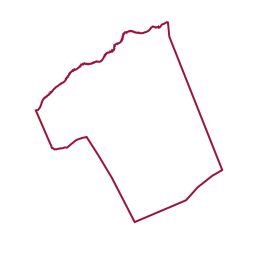 outline of Gagaifomauga III, Gaga'ifomauga, Samoa, rotated 337°
{"feature_id": "51752279B86884772728329", "entity_name": "Gagaifomauga III", "entity_type": "district", "adm_level": 2, "iso_a3": "WSM", "parent_name": "Samoa", "parent_adm1": "Gaga'ifomauga", "projection": "albers", "projection_center": [-172.519, -13.545], "detail": "fine", "context": "isolated", "style": "outline", "palette": "rose", "viewbox_px": 256, "rotation_deg": 337, "n_neighbors": 0, "source": "geoboundaries", "source_scale": "gbopen_adm2", "svg_char_len": 4961}
<svg xmlns="http://www.w3.org/2000/svg" viewBox="0 0 256 256"><g transform="rotate(337 128 128)"><path d="M206.0,46.5L205.3,46.1L205.2,45.8L203.8,45.9L202.2,46.1L201.1,46.2L200.2,46.0L199.6,46.0L199.2,46.2L198.1,46.9L197.5,47.3L197.3,47.4L196.5,47.8L196.3,47.8L196.2,47.5L195.6,47.6L195.5,47.0L195.4,47.1L195.1,46.8L194.6,46.8L194.3,46.8L194.2,46.6L193.9,46.7L193.4,46.4L192.9,46.5L192.4,46.2L192.2,46.0L192.1,45.5L191.6,45.2L191.3,44.7L190.6,44.3L190.3,44.2L189.7,44.5L189.0,44.7L188.6,44.6L188.3,44.9L187.4,45.5L186.7,45.8L186.2,45.9L185.7,46.2L185.0,46.5L184.4,46.5L183.9,46.6L183.6,46.6L183.2,46.7L182.0,46.7L181.1,46.5L180.1,46.5L179.3,46.4L179.1,46.5L178.6,46.3L178.2,46.3L177.6,46.1L177.0,45.8L176.6,45.7L175.9,45.2L175.7,44.8L175.3,44.7L175.2,44.5L174.9,44.5L174.8,44.2L174.4,44.1L173.8,44.0L172.9,43.6L172.8,43.2L172.5,43.0L172.3,43.1L172.0,42.7L171.6,42.6L171.2,42.2L171.1,41.8L170.9,41.8L170.5,41.3L170.1,41.2L169.9,40.7L169.7,40.7L169.4,40.5L169.3,40.2L168.8,40.1L168.6,39.7L168.3,39.6L167.8,39.5L167.5,39.7L167.2,39.4L166.9,39.5L166.8,39.4L166.3,39.2L166.1,39.3L165.7,39.4L165.2,39.3L164.0,39.1L163.8,39.5L163.7,39.3L163.4,39.1L163.1,39.2L162.7,39.1L162.5,38.8L162.1,39.0L161.6,39.2L161.4,39.4L160.8,39.4L160.6,39.6L160.6,39.9L160.2,39.8L159.7,40.7L159.7,41.0L159.5,41.5L158.9,41.6L159.0,41.9L158.7,42.3L158.5,42.5L158.1,43.0L158.0,43.3L157.7,43.3L157.7,43.9L157.4,43.9L157.2,44.3L157.0,44.5L156.7,44.3L156.6,44.6L156.3,44.8L156.1,45.2L155.9,45.2L155.8,45.6L155.4,45.6L155.3,45.8L154.7,45.9L153.8,46.3L153.1,46.4L152.2,46.3L151.4,46.4L151.2,46.1L150.9,46.4L150.7,46.1L150.2,46.2L149.6,46.1L148.8,46.3L148.5,46.4L148.1,47.1L147.8,46.9L147.8,47.2L147.6,47.2L147.2,47.5L147.1,47.9L146.8,48.3L146.7,48.8L146.5,49.2L146.6,49.4L146.3,49.8L145.9,50.2L145.3,50.3L145.3,50.6L145.1,50.6L144.9,50.8L144.7,50.6L144.5,50.8L144.2,50.6L144.2,50.9L143.9,51.1L143.4,50.8L143.3,51.1L143.1,50.9L142.9,51.1L142.7,50.9L142.4,50.8L142.1,50.8L141.8,51.1L141.5,50.8L141.4,51.0L141.0,51.1L140.9,50.9L140.6,51.1L140.1,51.1L139.6,51.0L139.4,50.8L139.1,50.9L138.8,50.7L138.5,50.8L137.8,50.7L137.1,51.2L136.7,51.0L136.6,51.3L136.3,51.6L136.0,51.5L135.6,51.6L135.4,51.8L135.3,52.1L134.9,51.9L134.8,52.0L134.5,52.4L134.4,52.8L134.2,53.0L133.8,53.0L132.8,54.0L131.8,54.6L131.5,54.8L131.0,55.1L130.7,55.4L130.4,55.6L129.5,55.7L129.3,55.9L128.8,56.0L127.8,56.0L127.4,55.8L126.6,55.3L125.9,55.0L125.8,54.9L125.3,54.7L125.2,54.8L124.9,54.5L124.7,54.5L124.7,54.3L124.1,54.3L123.5,54.4L123.1,54.4L122.2,54.1L122.1,54.4L121.9,54.3L121.6,54.5L121.4,54.4L120.8,54.3L120.4,54.5L120.0,54.3L119.8,54.5L119.5,54.5L119.1,54.3L118.7,54.4L118.2,54.2L117.7,53.9L117.0,53.9L116.7,53.9L116.4,53.4L116.1,53.6L115.8,53.3L115.5,53.4L115.3,53.3L115.1,53.0L114.7,52.6L114.4,52.7L114.3,52.4L114.0,52.4L113.6,51.9L113.3,51.9L113.1,51.5L112.7,51.8L112.2,51.6L111.8,51.3L111.7,51.3L111.4,51.8L111.1,51.5L110.9,51.7L110.4,51.7L109.9,51.7L109.6,51.4L109.4,51.7L109.1,51.8L108.8,52.2L108.5,52.2L108.2,52.5L107.7,52.4L107.7,52.6L107.4,52.5L107.2,52.8L106.4,53.1L105.8,53.2L104.8,53.5L103.9,53.7L102.9,53.8L102.6,53.7L101.8,53.7L101.6,53.3L101.4,53.7L100.9,53.5L100.2,53.8L99.9,54.0L99.6,53.4L99.5,53.5L99.4,53.8L99.2,53.8L98.9,53.6L98.7,53.7L98.5,53.9L98.2,53.9L97.9,54.1L97.6,54.2L97.2,54.4L96.9,54.3L96.1,54.6L96.0,54.9L95.7,54.8L95.4,54.9L95.4,55.3L95.1,55.4L95.1,55.6L94.5,55.9L94.3,56.2L94.1,56.4L93.4,56.5L92.9,56.8L92.7,57.2L92.4,57.1L92.1,57.6L91.9,57.6L91.5,57.7L91.2,58.1L90.3,58.2L90.1,58.6L89.9,58.5L89.7,58.8L89.2,59.4L89.1,59.7L88.7,59.9L87.8,60.3L87.3,60.4L86.7,60.7L85.9,60.8L85.0,60.8L84.4,61.0L84.1,60.8L83.8,61.1L82.3,61.3L82.0,61.2L81.3,61.4L81.2,61.5L80.3,61.8L79.7,62.0L79.2,62.0L78.6,62.1L77.7,62.2L77.1,62.4L76.8,62.7L76.3,62.8L76.0,62.9L75.3,63.1L74.6,63.5L74.2,63.5L73.2,64.2L72.9,64.3L72.8,64.6L72.0,64.8L71.5,64.7L71.4,64.9L71.1,64.8L71.1,65.2L70.8,65.4L70.5,65.4L70.4,65.5L69.8,65.6L69.6,65.8L69.3,65.8L69.1,65.6L68.7,66.2L68.0,66.5L67.7,66.4L67.4,66.6L66.6,66.7L66.2,66.6L65.9,67.0L65.3,67.1L65.1,67.4L64.4,67.3L64.2,67.4L63.4,67.4L63.2,67.7L62.8,67.7L62.6,68.0L62.3,68.0L62.1,68.1L61.7,68.1L61.5,68.4L61.2,68.7L60.8,68.8L60.1,69.2L59.6,69.6L59.6,69.9L59.2,70.4L58.6,70.9L58.4,70.9L58.3,71.2L57.9,71.7L57.5,72.1L57.1,72.7L56.3,73.5L54.9,74.8L54.2,75.2L53.9,75.3L53.7,75.5L53.3,75.8L52.5,76.1L52.2,76.2L51.6,76.1L50.9,76.0L50.8,75.9L50.0,75.8L50.3,116.7L50.6,116.8L50.9,117.1L51.2,117.6L51.7,118.6L52.0,119.0L53.0,119.2L53.4,119.6L53.8,119.7L54.2,119.6L54.9,119.7L55.7,119.9L56.3,120.0L57.3,120.4L58.0,120.3L59.4,121.0L60.0,121.1L60.4,121.1L61.2,121.1L62.6,121.3L63.2,121.7L63.8,122.2L64.1,122.2L66.4,121.6L67.5,121.3L69.5,120.6L70.7,120.3L72.0,119.9L74.0,119.3L74.6,119.1L75.6,119.0L77.9,118.9L81.0,119.2L82.2,119.2L82.6,119.3L84.1,119.7L85.4,120.0L86.4,120.1L90.0,141.3L93.7,167.5L97.4,217.2L105.3,217.2L115.4,217.2L127.9,217.2L142.9,217.2L146.6,217.2L153.2,217.2L169.0,209.8L187.0,204.9L198.3,203.5L201.7,60.2L206.0,46.5Z" fill="none" stroke="#9f1239" stroke-width="2"/></g></svg>